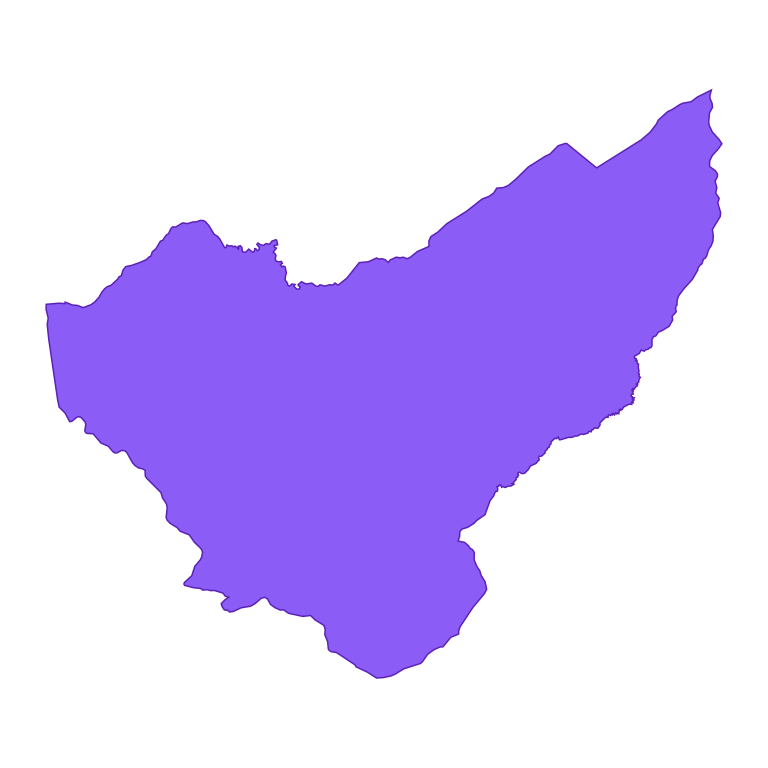 Lenguazaque, Cundinamarca, Colombia (orthographic projection)
{"feature_id": "7082276B28495435415002", "entity_name": "Lenguazaque", "entity_type": "district", "adm_level": 2, "iso_a3": "COL", "parent_name": "Colombia", "parent_adm1": "Cundinamarca", "projection": "orthographic", "projection_center": [-73.682, 5.304], "detail": "fine", "context": "isolated", "style": "filled", "palette": "violet", "viewbox_px": 768, "rotation_deg": 0, "n_neighbors": 0, "source": "geoboundaries", "source_scale": "gbopen_adm2", "svg_char_len": 6100}
<svg xmlns="http://www.w3.org/2000/svg" viewBox="0 0 768 768"><path d="M711.4,90.0L697.6,96.9L690.9,101.8L683.3,103.1L679.9,104.5L672.0,109.6L667.7,111.6L658.4,120.0L656.5,123.9L650.2,132.1L641.2,139.9L596.6,167.9L566.7,143.5L564.8,143.6L558.2,145.7L549.9,154.1L545.0,156.4L528.4,166.9L515.8,179.2L508.4,185.4L503.3,187.6L496.8,188.1L493.7,193.0L491.9,194.3L489.0,196.4L482.3,198.9L466.5,211.3L446.9,223.6L437.8,232.1L430.9,236.6L428.9,240.8L429.0,246.4L417.4,251.5L410.4,257.2L407.2,258.7L403.2,257.2L400.1,257.8L396.2,257.2L390.1,260.0L388.3,262.4L385.0,259.6L382.2,258.8L378.9,259.0L376.6,258.0L368.3,261.8L359.3,262.6L346.9,278.1L338.6,284.8L337.5,284.8L335.0,283.0L332.8,285.1L329.7,284.7L325.0,286.1L320.0,284.8L318.0,286.5L315.6,285.9L311.8,283.1L306.1,284.0L301.5,281.7L298.1,284.6L298.4,285.7L300.1,286.6L299.5,289.0L297.0,289.1L295.9,288.3L293.8,286.1L295.1,284.5L291.9,284.0L289.7,286.0L288.3,285.6L287.7,285.0L287.5,283.2L285.2,280.1L285.4,276.3L286.4,273.0L285.1,266.8L283.2,266.0L282.0,266.8L280.4,264.8L282.4,263.3L281.4,261.5L278.6,261.8L275.9,261.0L275.3,258.2L276.0,255.6L275.2,253.8L273.2,252.3L276.4,248.1L274.5,247.2L274.0,245.8L277.7,244.7L276.7,240.4L276.0,239.7L272.1,241.0L269.5,244.2L265.8,243.6L263.9,245.3L260.6,244.8L258.1,243.1L257.5,243.2L256.9,244.6L259.3,247.4L259.2,249.2L257.9,250.6L256.8,250.3L255.8,248.7L254.8,248.6L254.1,251.6L252.6,252.2L248.8,249.1L245.8,252.1L243.5,252.0L242.4,251.6L241.9,247.5L240.3,245.7L238.1,246.4L238.8,248.0L238.4,249.0L235.1,246.1L233.4,246.9L232.0,245.8L229.1,246.0L226.9,245.0L226.1,247.5L224.6,247.6L219.7,238.9L217.5,236.3L214.2,234.3L208.8,225.5L205.3,221.6L203.6,220.6L200.2,220.4L196.3,221.9L192.8,222.0L187.5,223.6L182.6,222.9L175.8,227.0L172.6,226.9L171.0,228.5L168.6,233.5L166.0,235.4L162.7,240.3L160.4,241.2L155.9,248.8L152.4,251.7L150.8,256.2L149.1,256.9L146.2,259.7L140.8,262.1L132.0,265.3L125.7,266.6L123.0,270.1L121.3,275.7L119.1,276.7L117.7,279.1L110.9,285.4L107.4,286.6L104.9,288.5L102.1,291.8L98.9,297.4L94.6,302.1L90.8,304.8L83.1,307.6L77.2,305.4L72.4,305.0L65.2,302.1L64.9,303.6L58.9,303.2L46.2,304.3L46.1,309.4L48.2,318.1L47.2,324.4L48.7,338.9L57.7,400.3L59.2,407.2L65.1,413.1L69.7,421.7L71.8,421.3L77.7,416.6L80.9,417.3L85.1,422.0L85.8,424.5L84.8,430.7L85.5,432.4L86.9,433.4L93.2,433.8L100.9,443.0L108.4,446.3L112.7,451.5L114.9,453.0L117.3,452.8L121.6,450.4L125.0,450.8L126.9,452.7L132.6,462.9L135.1,465.6L138.4,467.9L142.4,468.8L145.0,470.2L145.3,476.1L146.6,478.2L160.9,492.5L162.6,498.1L166.4,503.8L167.2,507.8L166.1,517.6L167.4,520.5L170.2,523.4L177.1,527.6L180.2,531.3L189.3,534.9L194.4,542.3L200.4,548.0L201.9,550.2L202.5,552.5L201.7,556.9L200.3,559.8L194.8,566.3L191.8,575.7L184.5,582.4L183.9,584.0L184.6,585.4L193.9,587.8L200.4,588.3L202.7,590.1L207.8,589.7L210.4,590.6L214.5,590.5L223.0,593.1L225.2,596.1L228.8,597.2L225.3,599.5L221.2,603.6L222.2,606.7L224.3,609.9L227.8,610.4L229.6,612.0L233.2,611.5L241.1,607.8L250.6,606.2L255.1,603.6L261.3,598.2L264.9,597.4L267.4,598.8L270.4,604.3L274.8,607.6L280.1,610.0L283.7,609.9L288.5,613.3L302.8,616.4L310.5,615.5L315.2,620.0L324.0,625.4L325.2,629.6L324.8,634.6L327.6,641.6L328.4,649.3L329.5,650.6L331.0,651.6L336.6,652.6L354.2,664.3L355.4,665.3L356.0,666.8L367.6,672.3L376.5,678.0L383.2,677.6L390.5,676.1L395.3,674.1L403.6,668.9L420.6,663.4L422.5,661.7L427.6,654.3L434.1,649.6L440.1,647.0L443.0,646.8L450.8,637.3L458.7,634.0L458.6,631.2L460.2,626.6L472.9,607.4L484.6,593.4L486.7,589.1L485.0,581.6L481.2,575.5L479.8,570.9L476.7,566.1L474.2,560.0L474.3,552.4L472.4,549.5L470.2,548.4L468.4,545.7L464.6,542.4L458.1,541.0L459.6,536.6L459.8,531.8L460.6,530.6L462.1,529.0L467.7,527.3L473.9,523.4L476.9,520.3L485.0,514.7L490.0,500.8L493.7,495.9L495.4,491.5L497.1,491.4L497.6,490.6L497.7,488.4L497.0,486.8L497.6,486.2L498.7,486.4L499.3,485.1L500.6,484.9L501.6,487.3L502.9,486.6L505.2,487.5L508.5,486.0L510.8,486.1L513.7,484.4L512.1,483.5L513.8,483.0L513.9,481.8L516.2,479.6L515.9,477.9L517.9,476.9L517.6,475.7L518.6,475.0L517.7,473.5L518.0,472.8L519.5,472.2L521.8,473.6L524.6,473.3L528.2,469.7L530.5,465.9L536.1,463.4L537.6,461.2L538.9,460.5L539.2,459.4L538.6,457.5L539.2,456.3L541.6,456.1L545.0,453.0L545.1,451.3L547.2,449.3L547.6,448.1L549.4,446.9L549.7,444.9L550.9,444.0L551.2,441.7L554.7,438.5L556.9,438.5L557.3,437.2L558.4,437.2L559.3,439.7L560.7,439.7L568.4,437.4L572.1,437.3L575.2,436.0L577.5,436.0L581.2,433.9L583.2,434.5L587.8,433.2L589.0,431.3L591.1,431.8L591.9,429.7L592.8,429.8L594.3,428.0L598.0,428.2L600.1,424.9L599.8,423.1L604.5,418.3L607.0,416.7L607.6,417.3L608.2,417.1L607.9,416.5L608.8,415.0L609.5,414.7L610.4,415.5L611.5,414.7L612.5,415.0L613.1,414.2L612.3,413.8L613.1,413.4L614.6,414.9L615.4,413.0L616.9,414.0L617.5,413.0L618.8,413.7L619.4,409.7L620.7,410.3L620.6,409.3L622.1,409.5L623.7,407.0L629.0,404.2L631.8,404.3L631.7,402.8L633.2,402.8L633.3,402.1L632.0,401.9L633.0,400.2L633.9,400.1L633.9,398.9L632.6,398.8L633.7,397.8L632.5,397.9L632.4,396.7L631.4,396.4L631.1,395.4L631.5,394.3L633.3,394.0L632.7,392.7L633.3,391.1L632.2,390.8L632.0,389.6L632.6,388.8L633.2,389.5L633.8,388.7L634.5,389.0L634.5,388.0L637.4,385.7L636.4,384.2L637.7,384.0L637.4,383.2L638.7,382.1L639.1,379.1L640.4,377.3L639.1,376.5L639.2,373.8L638.4,373.0L639.0,371.4L638.3,367.2L638.5,364.1L637.2,363.3L637.0,360.6L635.7,360.6L636.5,359.3L636.2,358.6L634.6,358.4L634.4,356.3L639.3,353.4L641.1,350.1L644.1,351.2L645.5,349.9L648.4,349.1L649.7,347.7L651.0,347.6L652.0,345.7L652.0,339.3L653.5,336.7L655.8,335.9L658.3,332.2L662.3,330.5L669.2,326.2L672.7,320.0L672.1,316.4L676.2,311.8L675.6,308.5L676.1,305.7L677.0,305.1L677.1,300.4L678.6,295.8L684.1,288.5L692.3,279.5L697.8,270.0L697.8,268.5L699.9,265.3L701.9,263.8L703.4,259.3L705.3,258.2L706.7,255.9L708.5,249.8L711.3,245.6L712.9,241.2L713.3,236.1L712.4,229.4L720.2,216.6L720.6,212.6L717.8,203.0L719.2,198.3L715.7,193.1L716.8,187.6L715.1,181.2L717.4,176.7L717.5,174.0L715.3,170.6L709.8,166.7L709.5,164.5L709.8,160.6L712.5,155.2L718.0,149.3L721.9,143.8L719.2,139.6L712.3,132.0L709.1,125.1L708.7,121.6L709.5,112.9L712.5,107.4L712.1,103.4L710.1,98.7L709.9,95.5L711.4,90.0Z" fill="#8b5cf6" stroke="#5b21b6" stroke-width="1.5"/></svg>